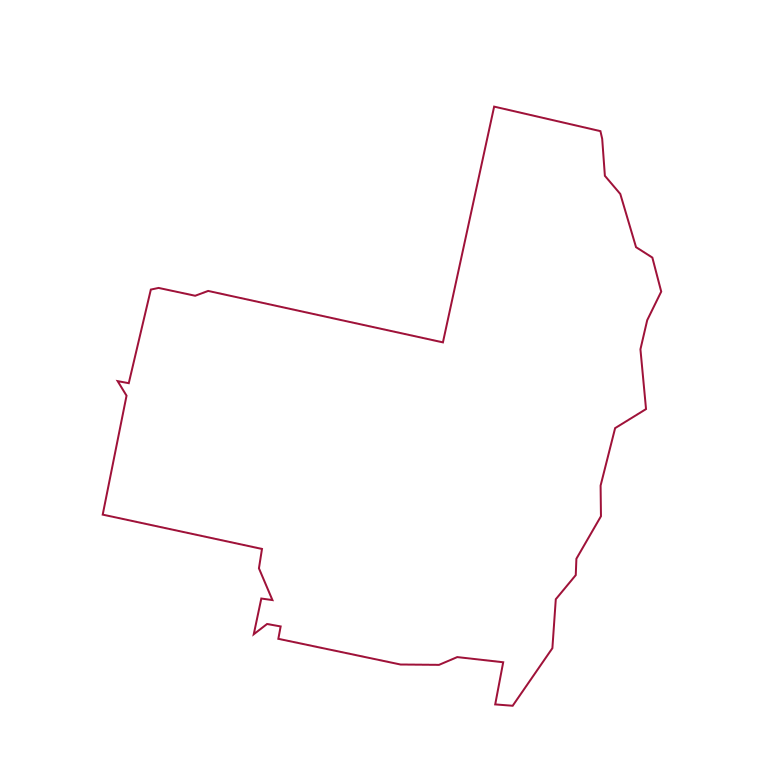 outline of Early, Georgia, United States of America, rotated 191°
{"feature_id": "52423323B60189999590545", "entity_name": "Early", "entity_type": "district", "adm_level": 2, "iso_a3": "USA", "parent_name": "United States of America", "parent_adm1": "Georgia", "projection": "natural_earth1", "projection_center": [-84.929, 31.296], "detail": "fine", "context": "isolated", "style": "outline", "palette": "rose", "viewbox_px": 768, "rotation_deg": 191, "n_neighbors": 0, "source": "geoboundaries", "source_scale": "gbopen_adm2", "svg_char_len": 680}
<svg xmlns="http://www.w3.org/2000/svg" viewBox="0 0 768 768"><g transform="rotate(191 384 384)"><path d="M149.7,366.9L148.7,384.8L122.0,409.4L138.9,467.0L137.8,496.9L129.5,527.6L144.7,559.3L162.7,566.4L188.3,615.6L206.9,630.5L216.6,666.3L219.8,673.5L328.8,677.3L334.1,436.1L574.4,441.8L586.2,434.6L623.6,435.3L630.9,432.2L634.7,336.1L646.0,336.0L634.5,323.4L635.2,202.1L472.3,198.8L471.6,179.2L452.3,150.6L463.5,150.0L464.1,113.5L453.0,126.1L439.2,126.3L439.1,113.7L314.3,111.8L276.4,118.8L260.0,129.9L213.9,133.6L213.7,90.7L196.3,92.7L168.3,156.8L174.3,205.5L159.3,233.0L161.8,249.2L145.8,295.6L152.0,325.6L149.7,366.9Z" fill="none" stroke="#9f1239" stroke-width="2"/></g></svg>